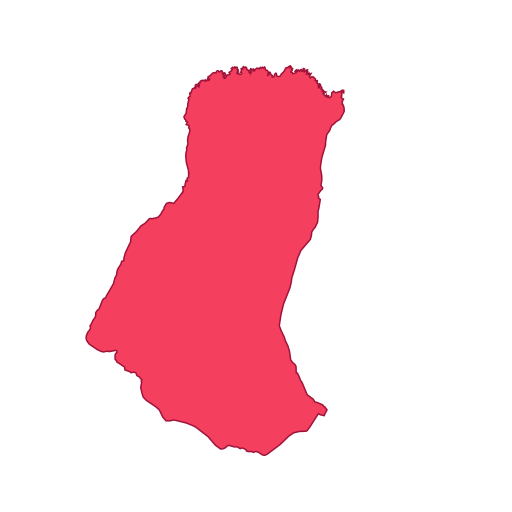 Kham Thale So, Nakhon Ratchasima, Thailand (Equal Earth projection), rotated 203°
{"feature_id": "78962969B48242512834839", "entity_name": "Kham Thale So", "entity_type": "district", "adm_level": 2, "iso_a3": "THA", "parent_name": "Thailand", "parent_adm1": "Nakhon Ratchasima", "projection": "equal_earth", "projection_center": [101.939, 15.02], "detail": "fine", "context": "isolated", "style": "filled", "palette": "rose", "viewbox_px": 512, "rotation_deg": 203, "n_neighbors": 0, "source": "geoboundaries", "source_scale": "gbopen_adm2", "svg_char_len": 6123}
<svg xmlns="http://www.w3.org/2000/svg" viewBox="0 0 512 512"><g transform="rotate(203 256 256)"><path d="M130.5,142.1L133.7,144.0L134.6,144.0L136.5,145.0L142.3,145.1L144.7,144.6L147.5,146.6L154.7,148.3L164.0,157.4L167.1,159.4L167.7,160.4L170.8,163.3L172.1,164.4L173.3,164.2L176.1,170.1L177.7,171.3L180.8,172.3L183.6,174.1L187.6,180.9L191.5,185.7L195.6,189.2L198.5,192.6L203.8,197.2L207.3,200.9L210.0,211.2L211.9,222.6L212.3,239.6L213.3,245.6L214.6,250.3L215.2,257.9L216.9,270.6L216.8,278.8L212.5,292.4L212.9,296.1L214.1,300.0L213.3,304.1L212.8,305.2L212.5,311.0L214.2,316.4L216.4,321.4L216.7,324.0L218.9,333.2L221.2,333.8L221.3,334.9L222.4,335.9L223.0,337.0L222.0,341.5L221.1,343.4L221.2,344.8L223.7,346.1L225.0,351.4L226.8,355.5L231.0,361.9L232.1,365.2L233.8,372.1L235.3,385.1L236.6,388.6L238.3,395.4L237.2,400.5L237.4,403.1L237.2,406.2L236.4,407.0L234.5,411.3L232.3,414.3L231.8,416.4L231.3,423.6L232.9,426.9L234.8,429.1L236.0,429.4L236.0,430.2L236.9,431.5L236.8,434.7L238.3,434.7L239.6,435.3L239.5,436.5L239.9,436.9L239.9,437.9L241.0,439.8L240.6,440.5L239.0,440.4L239.3,441.5L240.1,442.8L241.6,442.2L241.8,441.3L242.5,440.9L242.9,439.8L244.3,439.3L246.3,437.4L249.0,438.0L250.0,435.8L249.0,432.5L249.9,430.6L251.6,430.2L251.4,431.5L251.7,431.9L252.7,431.3L253.0,430.4L254.2,431.9L254.4,430.4L254.7,430.2L257.8,431.7L257.7,432.3L256.9,432.5L255.8,434.2L256.7,434.0L257.2,434.3L257.9,433.8L258.7,434.5L259.5,433.6L259.8,435.2L261.4,435.1L261.5,435.5L261.1,436.5L262.8,437.7L263.6,436.6L263.6,435.3L263.9,435.2L265.3,437.2L264.2,437.5L263.7,439.0L264.8,439.4L265.8,438.7L267.3,438.8L267.6,439.3L267.5,440.1L268.1,441.4L269.9,440.4L270.4,442.1L273.0,443.2L274.1,442.8L274.5,443.0L275.8,441.1L276.9,442.0L276.7,445.3L277.6,444.4L278.7,445.2L278.6,443.7L280.0,444.2L280.2,443.2L280.7,443.1L280.5,445.5L281.4,445.3L281.7,445.7L281.1,446.5L281.3,447.5L282.7,446.5L283.5,444.5L284.6,445.9L284.5,447.2L285.3,447.3L285.8,446.8L285.5,445.9L285.5,444.6L285.2,444.4L285.5,444.0L286.7,444.2L287.2,445.2L287.7,444.9L288.2,443.1L289.5,443.8L289.9,442.6L291.2,443.4L291.9,442.5L292.2,441.3L290.8,441.6L290.7,440.5L293.3,438.2L293.9,438.3L294.3,439.1L295.8,439.0L295.9,440.0L295.3,440.8L295.9,441.5L295.4,442.2L295.4,442.7L297.1,443.3L298.0,442.7L297.8,444.0L298.6,444.5L300.1,443.0L300.3,442.0L302.1,440.7L302.2,437.9L302.6,436.0L303.8,433.5L303.9,431.2L305.4,429.9L307.1,429.8L308.6,432.0L309.3,432.0L309.9,430.4L309.4,428.7L309.7,427.6L311.2,427.3L311.5,428.5L313.4,429.0L314.6,430.5L315.2,430.6L315.7,430.2L315.1,428.3L315.3,427.2L315.7,426.8L316.7,430.2L318.1,431.3L319.8,430.9L321.5,433.2L322.0,433.3L322.7,431.9L323.8,432.3L324.3,431.3L325.6,431.4L326.0,429.6L326.8,429.9L327.5,429.4L328.5,429.4L329.7,427.1L329.6,426.2L330.0,425.5L330.6,425.7L331.2,427.2L331.5,427.1L332.0,425.3L333.2,426.4L334.0,426.4L334.2,424.7L332.2,423.2L332.3,421.6L333.6,422.7L334.5,422.5L335.4,424.0L337.6,424.0L337.9,425.3L339.0,425.9L339.5,425.8L339.8,425.0L341.6,425.4L341.8,424.6L341.3,423.0L342.7,422.9L342.9,422.5L341.7,420.9L342.0,419.1L340.6,418.8L340.7,417.8L341.3,417.0L342.8,416.6L343.2,417.5L343.7,417.7L344.6,416.5L345.0,416.6L345.0,418.6L344.4,419.4L345.3,420.6L345.9,420.0L346.3,420.3L347.0,422.3L348.1,422.1L348.6,420.9L349.5,421.6L349.8,420.5L351.3,420.6L352.0,418.8L350.8,418.6L350.7,418.2L351.4,416.2L352.5,414.5L351.2,413.7L351.1,412.9L353.3,411.2L353.8,407.6L354.6,407.2L355.0,408.3L355.9,407.9L356.2,408.3L354.8,410.6L355.0,411.4L356.4,412.4L357.2,411.9L356.9,410.0L357.8,410.3L359.0,412.6L359.7,413.1L360.6,412.8L361.7,411.0L363.2,411.7L364.1,411.3L364.5,410.2L364.4,409.0L366.4,408.3L367.3,407.5L369.0,403.5L370.2,402.4L369.9,401.7L368.9,400.8L367.8,400.8L367.8,399.6L368.4,399.1L369.3,400.2L369.8,400.2L369.8,398.2L370.4,397.3L370.7,397.2L371.5,398.2L372.3,397.2L373.7,397.0L374.0,396.0L374.9,396.2L375.6,394.8L375.1,393.6L376.1,393.4L376.3,392.1L374.8,391.4L374.7,389.3L376.2,389.7L376.1,391.0L376.4,391.4L378.2,390.5L378.6,389.4L377.2,388.3L377.3,387.2L377.6,386.6L378.3,387.3L378.8,386.1L379.9,385.0L379.7,383.4L379.9,382.3L379.4,380.9L380.6,380.2L380.3,379.2L379.0,377.4L380.0,375.8L380.2,374.5L379.0,374.2L378.3,369.7L377.3,367.0L377.1,364.5L377.4,364.5L376.1,360.0L376.8,356.1L375.3,354.3L373.7,353.8L373.3,352.7L371.4,352.6L371.6,349.7L368.6,350.0L368.0,347.5L367.0,347.5L365.7,345.1L365.1,338.9L364.0,335.3L362.4,332.6L362.2,328.1L361.2,326.8L360.7,323.4L359.5,320.1L356.8,315.1L351.3,308.0L350.7,306.2L349.9,306.0L349.9,304.6L348.9,302.3L349.7,300.7L349.5,299.7L348.5,298.3L349.9,298.1L349.2,293.9L348.6,292.3L350.6,291.0L348.3,287.3L348.6,286.8L348.3,285.7L348.7,285.5L350.3,278.6L352.3,272.3L356.5,271.5L358.9,269.6L359.6,265.2L359.1,263.4L359.9,259.5L359.9,257.5L361.2,253.6L364.2,251.0L365.2,250.6L365.9,249.7L368.0,249.3L368.7,248.7L371.0,242.6L373.6,238.9L375.7,231.6L378.6,225.3L377.0,220.1L377.5,208.1L376.9,203.1L375.9,200.0L377.6,198.6L377.2,195.8L378.1,190.5L378.0,188.0L376.9,183.4L377.3,180.8L376.4,174.6L378.1,160.9L378.0,159.7L378.6,158.1L379.5,157.3L380.0,155.1L379.8,145.8L380.8,144.1L381.4,141.5L380.2,137.9L380.1,136.9L380.9,133.3L381.1,128.5L381.5,126.8L380.5,125.7L380.1,124.4L380.6,121.3L381.1,120.1L381.0,116.0L380.1,113.6L378.5,111.8L375.0,109.7L365.4,107.8L360.9,107.7L358.7,108.2L356.2,110.0L353.5,110.8L348.3,114.3L347.1,114.4L346.4,113.3L347.1,111.1L347.0,109.7L345.3,105.8L343.8,105.2L342.1,103.8L341.1,103.9L333.6,102.4L332.1,99.9L326.8,100.2L325.4,99.7L323.5,101.2L321.3,101.6L320.7,101.4L319.3,99.7L318.2,99.2L316.5,99.3L314.5,98.1L312.8,97.6L312.8,96.0L312.0,95.3L310.7,89.8L307.3,85.1L304.6,82.0L300.7,80.3L289.5,78.1L284.8,76.5L278.9,71.3L274.5,69.1L270.9,70.6L267.8,72.8L265.4,73.4L255.2,75.0L248.7,75.2L244.5,74.9L229.6,71.0L219.5,66.0L213.3,64.5L211.5,65.3L210.2,66.5L209.2,67.6L208.1,70.2L206.7,71.1L201.3,71.8L198.8,73.0L195.3,72.5L194.2,73.6L192.4,74.1L189.3,73.7L188.5,72.8L187.7,72.8L185.9,73.2L183.9,74.3L181.8,74.2L179.8,76.0L177.0,76.3L172.5,75.4L170.1,75.9L168.2,78.0L160.1,92.0L155.4,103.1L152.3,107.9L147.6,111.4L141.6,114.2L140.7,115.2L139.6,119.8L137.0,135.3L134.8,135.0L130.8,135.7L130.9,138.1L130.5,142.1Z" fill="#f43f5e" stroke="#9f1239" stroke-width="1.5"/></g></svg>